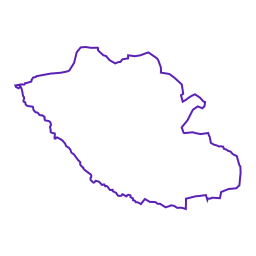 the district of Kankara, Katsina, Nigeria
{"feature_id": "59680162B8390528040617", "entity_name": "Kankara", "entity_type": "district", "adm_level": 2, "iso_a3": "NGA", "parent_name": "Nigeria", "parent_adm1": "Katsina", "projection": "orthographic", "projection_center": [7.349, 11.973], "detail": "fine", "context": "isolated", "style": "outline", "palette": "violet", "viewbox_px": 256, "rotation_deg": 0, "n_neighbors": 0, "source": "geoboundaries", "source_scale": "gbopen_adm2", "svg_char_len": 3443}
<svg xmlns="http://www.w3.org/2000/svg" viewBox="0 0 256 256"><path d="M174.5,77.8L169.7,74.2L166.7,73.5L165.5,73.4L160.9,72.6L161.0,69.9L160.8,67.2L158.2,60.1L156.8,58.2L148.3,52.4L140.0,55.4L134.8,56.2L128.1,55.3L128.1,58.4L122.4,59.3L120.3,62.0L118.6,62.0L115.2,63.4L112.4,61.8L109.5,60.1L106.1,56.1L103.1,55.2L102.1,54.1L99.5,51.8L97.9,50.0L98.1,48.2L97.7,47.7L94.0,47.8L90.6,47.8L85.7,47.0L80.7,47.4L76.7,52.3L74.1,62.9L69.3,70.5L67.4,71.4L61.1,72.7L50.6,73.6L38.0,75.9L36.4,76.2L36.0,76.7L35.7,77.1L34.6,77.3L33.3,77.4L32.6,78.4L31.6,79.8L31.5,81.1L31.0,81.7L29.1,82.2L27.5,82.8L25.2,83.1L24.8,84.0L24.2,84.6L23.0,84.6L22.3,84.3L20.8,84.5L20.3,85.7L19.5,85.5L19.2,84.7L18.0,85.0L15.4,85.4L16.0,87.0L17.3,87.6L18.5,88.3L19.5,87.5L20.2,86.9L21.1,87.4L22.1,90.6L22.5,92.7L22.8,94.8L23.4,96.6L24.1,97.3L24.1,98.6L23.8,99.5L23.6,100.4L23.4,101.3L24.1,101.9L24.9,102.1L25.4,102.8L25.5,103.6L25.7,104.6L26.9,105.6L28.4,106.2L29.8,106.2L30.6,106.5L32.1,106.5L32.9,106.9L33.2,108.3L33.4,109.6L34.0,110.6L34.8,111.5L35.6,112.3L37.3,112.5L38.3,113.3L39.0,114.4L39.7,115.1L40.8,115.3L41.5,115.3L42.3,115.3L43.1,115.9L43.8,116.3L44.5,116.8L44.7,117.9L44.4,118.1L44.5,118.5L44.6,118.8L44.6,119.3L44.8,119.9L45.3,120.4L46.6,120.7L48.2,120.9L49.4,121.4L50.5,122.5L51.0,125.1L50.0,126.8L50.1,127.6L50.6,129.5L50.7,132.1L51.9,132.8L54.8,133.5L54.8,135.3L54.5,137.8L54.7,138.5L55.6,138.6L56.1,137.6L57.0,137.4L59.5,138.6L62.4,140.4L63.7,142.0L65.0,143.4L66.2,146.2L68.8,147.7L70.4,149.7L71.2,152.2L72.2,153.3L73.9,154.3L74.6,155.3L77.9,159.9L78.4,160.3L79.1,161.0L80.3,162.3L80.2,163.4L80.2,164.5L81.0,165.7L82.3,167.0L83.3,167.6L83.3,168.4L83.8,169.2L85.0,170.2L89.1,173.3L90.8,174.5L91.2,175.1L91.3,177.0L90.5,177.7L90.6,180.0L92.0,181.3L92.8,182.2L93.4,182.6L93.9,182.5L94.4,182.4L94.7,181.9L95.2,181.3L95.6,180.9L98.1,181.4L98.7,181.6L99.5,182.2L100.6,183.4L101.6,184.3L101.7,184.8L102.2,184.9L103.1,184.7L103.7,184.4L104.4,184.5L104.7,185.6L105.3,186.3L106.0,186.0L106.6,186.0L107.6,186.8L108.3,187.8L108.8,188.4L109.7,189.8L110.2,189.8L111.1,190.1L111.8,189.8L112.6,189.8L112.7,190.9L113.1,191.4L114.2,191.9L115.3,192.5L116.2,192.9L116.7,193.8L117.6,195.2L118.3,195.8L119.5,195.9L120.7,195.9L121.5,195.6L122.4,194.2L123.2,194.5L125.1,195.7L126.1,196.4L126.5,196.4L127.1,195.3L128.4,194.8L129.7,195.0L130.5,195.5L130.6,197.3L132.9,198.3L132.9,200.0L133.4,200.4L134.5,200.5L135.4,201.3L135.7,202.2L137.3,202.3L138.8,202.8L140.9,204.1L144.9,199.0L149.8,201.9L154.3,202.0L155.6,202.2L157.7,203.8L160.0,203.8L165.6,207.3L170.0,205.9L171.1,205.3L172.4,205.6L173.6,205.7L174.8,206.3L175.8,207.0L177.3,207.9L179.3,207.7L181.9,207.8L185.8,209.0L186.0,201.7L186.0,198.7L195.6,196.3L198.3,196.1L205.9,195.1L207.4,199.9L207.7,199.0L208.0,198.5L209.3,198.6L209.7,198.7L210.3,198.6L210.7,198.4L212.1,197.7L219.9,198.2L221.2,192.0L228.6,189.0L236.2,188.3L239.4,185.3L240.1,177.7L240.6,172.8L240.4,166.7L239.3,165.0L237.9,160.0L236.8,156.1L236.1,155.7L234.3,155.0L232.3,153.7L230.5,151.5L228.4,151.0L226.2,149.5L223.9,148.8L223.2,146.7L220.9,146.3L219.0,146.5L216.9,145.5L213.6,144.5L210.9,142.9L209.7,136.8L208.9,135.4L208.2,133.0L200.7,134.1L196.5,133.3L192.5,132.3L184.3,133.1L183.6,132.7L181.7,127.4L187.5,120.3L192.9,109.7L197.7,106.4L202.5,108.3L203.4,107.1L204.4,106.5L205.1,102.1L203.3,101.4L199.8,97.5L194.9,94.3L191.4,96.0L188.4,97.9L186.4,99.5L182.7,101.7L181.0,95.2L183.2,93.8L181.8,84.5L174.5,77.8Z" fill="none" stroke="#5b21b6" stroke-width="2"/></svg>